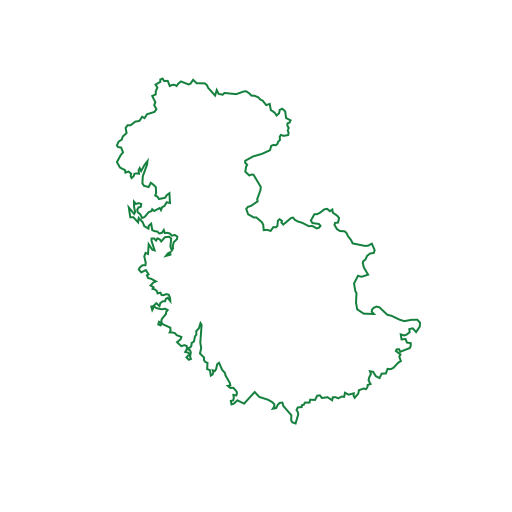 Cambará do Sul, Rio Grande do Sul, Brazil, rotated 123°
{"feature_id": "56859067B78866840167821", "entity_name": "Cambará do Sul", "entity_type": "district", "adm_level": 2, "iso_a3": "BRA", "parent_name": "Brazil", "parent_adm1": "Rio Grande do Sul", "projection": "natural_earth1", "projection_center": [-50.124, -29.059], "detail": "fine", "context": "isolated", "style": "outline", "palette": "green", "viewbox_px": 512, "rotation_deg": 123, "n_neighbors": 0, "source": "geoboundaries", "source_scale": "gbopen_adm2", "svg_char_len": 6123}
<svg xmlns="http://www.w3.org/2000/svg" viewBox="0 0 512 512"><g transform="rotate(123 256 256)"><path d="M372.4,176.4L370.0,167.7L369.7,162.9L370.3,160.0L372.1,158.7L374.9,158.7L372.6,156.3L368.7,156.7L366.1,156.0L364.6,154.0L366.9,151.4L370.3,139.6L374.7,137.0L375.7,134.9L374.9,131.6L365.8,134.3L364.1,135.9L363.1,138.1L360.3,138.5L357.8,135.4L356.2,136.3L354.7,134.9L352.3,135.1L349.8,131.3L347.0,132.3L344.6,128.1L339.8,128.6L338.1,126.5L339.2,123.4L335.5,119.1L335.5,113.6L332.6,114.6L331.1,112.4L330.5,109.4L327.2,107.6L326.2,105.4L322.2,106.9L321.8,102.7L317.9,99.2L320.1,98.0L321.2,96.0L315.7,95.3L312.5,96.6L308.4,93.4L307.9,91.3L305.3,91.1L303.3,92.1L301.0,90.2L299.0,93.8L296.8,94.8L292.3,95.4L290.6,97.7L289.3,94.7L291.5,90.2L291.1,85.9L286.2,86.5L283.8,83.1L279.0,84.2L277.6,81.4L274.8,79.8L268.3,78.7L265.2,77.3L262.4,81.0L259.9,81.2L259.5,86.9L257.7,87.2L256.3,85.3L257.7,82.8L249.4,76.9L247.0,77.3L244.8,78.8L246.4,82.2L244.2,85.4L246.7,88.5L242.9,91.9L242.0,88.6L240.4,87.1L236.3,85.6L233.8,87.6L231.3,85.2L232.6,80.3L226.0,80.2L222.6,82.1L221.6,86.0L224.8,90.8L229.9,96.2L231.2,100.9L232.4,110.0L233.8,113.8L231.8,124.6L232.7,127.2L235.2,129.0L237.8,129.5L239.6,128.7L240.4,125.5L245.7,134.3L245.6,142.1L240.8,146.6L232.3,151.6L231.4,153.5L225.7,158.8L217.1,159.7L215.9,156.1L210.6,151.8L206.9,159.3L203.5,162.8L201.8,163.2L199.6,162.3L195.3,162.9L191.7,161.6L189.3,158.9L186.4,159.7L182.6,165.6L186.4,167.7L188.1,169.9L192.8,181.8L190.9,184.9L189.1,190.0L187.5,192.4L187.0,195.0L189.3,199.2L189.4,202.7L187.1,207.2L185.2,207.7L183.3,205.4L178.9,207.0L178.0,209.8L177.8,215.3L175.5,217.3L178.2,218.4L177.7,222.0L179.7,224.1L185.1,226.0L187.7,227.6L189.2,229.8L196.4,229.3L197.6,226.6L194.9,220.7L195.6,218.3L198.0,218.6L199.8,220.1L200.2,225.3L202.2,227.8L203.0,235.3L204.3,239.9L204.5,243.2L203.6,245.8L204.9,247.2L214.8,250.3L214.1,252.9L212.4,253.3L212.3,256.3L214.6,256.8L219.1,254.4L221.2,255.0L222.3,257.2L227.0,257.4L227.9,260.8L230.1,263.6L225.8,267.0L224.4,269.7L223.5,276.7L224.9,278.9L225.3,285.3L221.8,289.9L219.1,289.5L216.9,287.6L209.3,284.4L207.6,286.0L198.3,288.1L195.4,289.7L189.2,302.4L190.2,304.2L192.1,305.5L191.1,310.9L186.6,312.9L184.3,313.1L183.7,315.9L182.0,316.9L174.1,312.7L167.2,306.7L159.7,301.9L155.4,303.2L153.4,301.9L152.3,299.7L150.5,299.1L148.1,299.6L145.7,299.1L142.9,301.1L140.8,301.0L140.3,298.4L137.1,294.9L134.8,295.8L133.6,297.7L130.8,298.3L129.4,300.9L127.5,301.8L125.8,300.5L123.4,300.9L123.9,305.9L118.8,310.3L118.2,314.2L120.5,315.7L123.7,314.4L126.9,315.2L125.6,318.5L125.5,323.1L121.0,327.3L123.9,329.6L122.1,335.0L122.4,337.7L121.7,340.5L122.4,344.4L124.0,347.3L123.3,349.7L123.2,354.0L124.7,355.9L131.0,360.7L136.5,371.3L138.9,371.8L140.4,375.7L138.2,379.3L143.7,377.7L141.1,387.6L139.4,390.3L139.1,393.0L143.4,399.8L142.5,404.7L147.1,404.8L148.8,405.9L150.5,414.0L153.9,415.1L156.7,415.2L156.8,417.5L158.1,419.4L160.4,420.9L157.2,425.4L159.3,428.4L158.1,431.0L160.1,432.4L162.1,431.1L167.0,433.6L168.4,430.5L172.6,429.7L175.1,428.1L178.3,430.2L181.8,424.2L184.8,423.6L187.1,419.5L190.4,419.6L196.5,424.6L201.1,424.6L201.2,427.3L206.3,427.4L209.0,430.4L214.7,432.4L216.3,434.9L219.6,435.1L223.4,431.5L228.3,432.8L231.5,432.0L234.9,433.5L239.0,432.9L239.8,430.9L238.5,428.2L241.5,424.0L245.2,424.4L253.0,423.8L255.9,418.2L255.3,412.5L257.2,410.9L254.6,408.9L255.0,405.5L257.2,404.7L258.4,402.8L255.7,402.1L253.3,402.7L251.9,401.4L250.7,398.9L248.1,401.1L245.6,401.4L247.3,398.6L240.2,399.1L235.5,398.7L238.8,397.1L250.7,394.4L256.9,390.9L258.1,388.2L256.7,383.6L251.9,384.1L252.1,380.9L252.8,377.5L257.4,374.2L260.2,373.4L259.9,371.1L261.1,368.4L256.6,363.9L253.6,364.0L250.5,362.8L258.4,357.0L259.6,360.2L264.0,360.0L266.1,361.3L269.3,360.7L268.2,362.9L273.7,365.9L273.3,368.5L275.2,368.1L277.7,369.9L284.0,370.7L286.2,372.2L284.0,375.9L283.8,378.8L282.0,380.8L279.3,381.0L277.4,379.4L274.9,380.6L275.6,383.3L277.8,385.0L276.9,387.9L281.4,384.9L284.9,381.3L287.1,381.1L284.6,389.1L292.0,382.5L290.3,380.0L292.0,373.2L288.0,375.1L289.4,369.4L291.8,366.0L291.6,361.1L289.1,362.4L286.0,361.5L290.8,357.1L290.4,354.5L289.2,352.1L289.8,349.4L287.8,347.5L284.4,347.5L286.4,345.1L284.8,342.9L284.1,340.6L284.7,337.5L282.6,335.6L282.6,332.5L284.9,331.5L289.2,332.5L292.8,331.3L294.7,329.7L297.2,329.6L294.6,333.0L287.6,336.6L287.1,339.3L289.8,342.6L295.4,343.4L294.5,345.8L294.9,348.3L297.5,348.2L296.8,351.1L298.3,353.1L300.2,351.9L306.5,344.1L307.2,346.5L304.6,352.4L313.1,347.7L313.6,350.3L317.2,349.5L321.6,344.9L323.9,343.7L325.8,346.3L329.1,347.2L331.2,346.9L332.2,343.3L327.8,340.7L329.9,336.1L331.7,337.0L333.2,334.4L332.2,331.4L331.8,326.1L334.0,327.6L338.2,328.4L338.0,324.9L339.9,324.8L339.1,322.4L339.5,319.7L341.0,318.2L338.8,316.2L340.2,313.8L338.9,311.9L336.9,310.6L336.0,308.1L338.0,305.2L340.5,303.3L339.2,307.3L341.0,308.3L343.4,307.6L344.8,309.5L347.6,310.6L350.5,309.7L349.9,313.9L353.9,314.8L353.9,311.0L352.1,306.1L349.7,303.5L349.5,300.6L351.9,300.9L353.6,299.9L360.1,300.7L361.9,300.1L364.1,297.9L362.8,288.8L365.0,287.1L367.1,286.8L365.6,284.4L364.9,281.8L365.6,279.4L364.5,274.5L366.9,273.9L371.3,275.3L372.3,269.6L369.8,267.5L369.2,265.2L371.3,263.3L368.4,261.3L366.4,261.3L364.0,262.6L361.5,261.5L356.6,263.4L354.4,263.2L351.5,265.2L347.8,264.5L342.5,266.0L343.4,264.1L358.9,255.6L363.1,251.8L368.3,249.9L369.4,244.3L371.7,242.9L372.5,240.8L372.0,238.5L377.4,235.4L376.9,232.4L380.9,228.8L379.1,227.9L376.7,228.5L375.4,230.0L374.9,227.9L372.9,227.8L367.8,229.6L365.7,228.8L369.8,222.6L371.1,218.2L372.8,216.5L376.6,209.0L378.5,207.1L380.3,208.9L380.7,205.8L378.9,203.2L380.1,198.7L381.6,197.1L383.7,196.6L384.8,199.3L387.1,197.3L389.5,196.5L391.3,198.2L393.8,195.7L391.9,194.2L387.2,193.0L386.3,185.6L370.8,183.0L372.4,176.4ZM301.5,328.5L305.0,331.6L301.8,331.3L299.7,330.1L301.5,328.5ZM374.8,257.2L372.3,258.2L371.1,259.8L371.3,263.3L375.0,263.1L374.0,260.2L374.8,257.2ZM374.8,257.2L376.5,258.7L378.9,259.1L379.6,255.8L377.8,254.5L376.7,256.1L374.8,257.2ZM364.1,297.9L364.0,301.5L366.6,300.7L366.2,298.3L364.1,297.9ZM353.9,314.8L355.4,316.3L357.8,313.6L355.9,313.8L353.9,314.8Z" fill="none" stroke="#15803d" stroke-width="2"/></g></svg>